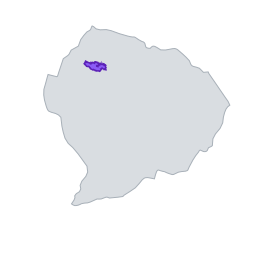 Bindura, Mashonaland Central, Zimbabwe (highlighted), rotated 286°
{"feature_id": "62879985B50430993830170", "entity_name": "Bindura", "entity_type": "district", "adm_level": 2, "iso_a3": "ZWE", "parent_name": "Zimbabwe", "parent_adm1": "Mashonaland Central", "projection": "natural_earth1", "projection_center": [31.316, -17.234], "detail": "fine", "context": "in_parent", "style": "filled", "palette": "violet", "viewbox_px": 256, "rotation_deg": 286, "n_neighbors": 0, "source": "geoboundaries", "source_scale": "gbopen_adm2", "svg_char_len": 4361}
<svg xmlns="http://www.w3.org/2000/svg" viewBox="0 0 256 256"><g transform="rotate(286 128 128)"><path d="M178.0,219.6L175.9,218.0L173.1,217.0L169.5,216.6L164.8,216.7L159.1,217.6L153.0,216.6L146.4,213.7L141.0,212.6L134.5,213.9L134.2,213.9L133.0,212.9L131.2,210.8L128.3,210.4L127.5,210.0L126.8,209.2L126.4,208.2L126.2,207.0L126.7,203.5L126.4,203.2L125.6,202.7L124.0,202.3L120.1,200.7L115.1,199.2L107.1,197.5L104.0,197.1L103.3,196.6L102.4,195.3L100.8,191.3L99.4,188.6L95.9,184.6L95.4,183.3L95.5,180.0L95.7,177.4L96.1,175.2L95.9,173.1L95.9,170.5L96.0,168.8L95.5,168.1L94.2,167.5L90.7,167.3L86.4,167.4L86.2,164.8L85.8,160.7L85.0,158.4L84.0,157.2L82.0,155.9L78.0,154.2L72.5,151.5L67.8,147.6L62.4,142.8L60.7,141.9L58.7,137.4L55.6,129.5L55.8,126.9L55.3,125.7L52.4,121.8L51.7,119.8L51.2,117.8L46.5,112.2L44.9,109.8L43.7,106.6L42.4,104.1L41.4,103.1L40.1,101.4L39.1,99.4L38.7,97.9L39.0,96.0L39.5,94.6L43.9,96.0L46.3,96.2L48.2,95.5L50.6,96.4L53.4,98.9L56.4,99.4L59.7,97.8L64.2,98.3L69.8,100.8L74.5,101.4L80.0,99.1L84.9,92.9L89.5,87.0L94.0,80.3L96.7,74.8L100.8,70.3L106.1,66.9L111.5,64.0L119.8,60.5L121.4,57.6L122.0,54.4L122.0,49.9L122.4,47.1L123.3,45.8L124.6,44.7L126.4,43.4L131.9,40.0L136.5,37.9L142.0,36.5L148.2,36.5L154.1,36.4L157.4,36.4L157.5,40.7L157.7,45.5L158.4,46.0L162.8,46.1L169.9,46.4L176.8,46.7L181.1,50.2L182.6,51.0L187.2,51.9L193.0,57.7L200.0,58.2L204.8,60.0L209.0,62.0L211.4,64.4L213.0,65.0L215.1,65.1L216.2,65.4L215.9,67.1L214.5,70.0L214.7,74.2L216.6,80.0L216.9,85.0L216.3,93.9L216.3,102.5L216.5,105.6L216.8,107.6L217.2,108.7L217.1,110.0L215.9,113.6L215.0,117.4L215.0,118.9L214.6,120.0L213.9,120.9L210.9,122.7L210.3,123.8L210.3,125.7L210.7,127.4L211.9,128.0L213.2,128.9L213.8,130.2L213.8,131.5L213.3,133.9L212.1,137.9L213.3,142.5L214.7,145.4L216.5,148.9L217.3,151.0L217.3,152.5L217.0,154.0L214.1,160.3L212.1,164.2L209.6,168.4L206.3,171.0L205.5,172.3L205.2,173.8L205.3,176.9L205.1,180.2L202.3,185.2L204.0,189.6L203.6,190.0L202.7,190.6L198.7,195.5L194.6,200.5L191.6,204.1L188.2,208.2L184.4,212.8L181.2,216.8L178.0,219.6Z" fill="#d9dde1" stroke="#a8b0b8" stroke-width="1"/><path d="M180.6,68.8L180.2,68.8L179.6,70.0L179.4,69.3L179.9,68.7L178.2,68.5L178.2,68.4L177.7,68.4L177.7,68.5L177.5,68.8L177.4,68.8L177.4,68.7L177.3,68.8L177.3,69.0L177.1,69.1L177.1,69.3L177.2,69.5L176.9,69.7L176.8,69.8L176.8,70.0L176.7,70.2L176.6,70.3L176.4,70.5L176.2,70.8L176.0,71.0L175.9,71.1L175.9,71.3L176.0,71.3L176.0,71.5L176.0,71.8L176.0,72.0L176.0,72.3L176.0,72.5L176.1,72.8L176.2,72.7L176.3,72.8L176.3,73.0L176.3,73.3L176.3,73.5L176.2,73.7L176.1,73.8L176.0,74.0L175.9,74.0L175.7,74.3L175.5,74.5L175.4,74.8L175.4,75.0L175.2,75.1L175.3,75.2L174.5,75.9L174.4,77.2L174.1,77.9L174.1,78.0L174.3,78.2L174.4,79.4L174.6,79.3L174.5,79.8L174.5,80.4L174.4,81.8L174.2,81.8L174.1,81.7L174.1,81.8L174.1,82.0L174.5,83.0L174.7,83.4L174.8,84.0L174.7,84.2L174.7,84.3L174.8,84.4L174.7,84.5L174.7,84.8L174.6,85.0L174.8,85.3L175.3,85.5L175.7,85.6L175.9,85.7L176.1,85.8L176.6,86.0L176.8,85.9L176.9,86.0L177.0,85.9L177.0,86.0L177.4,86.0L177.5,86.1L177.9,86.2L178.1,86.3L178.3,86.3L178.4,86.5L178.4,86.8L178.3,87.0L178.2,87.1L178.3,87.2L178.2,87.3L178.2,87.5L178.1,87.8L178.0,88.0L177.9,88.4L177.9,88.5L177.9,88.8L177.8,89.1L177.7,89.1L177.8,89.4L177.8,89.5L177.8,89.8L177.9,90.0L177.8,90.4L177.8,90.6L178.0,90.5L178.4,90.6L179.1,89.6L180.0,90.2L181.0,89.3L181.9,88.4L182.1,88.9L182.2,88.7L182.3,88.7L182.2,88.5L182.3,88.4L182.2,88.3L182.3,88.3L182.4,88.2L182.5,88.0L182.5,87.9L182.6,87.7L182.8,87.5L182.9,87.3L182.9,87.2L183.0,87.2L183.0,86.9L183.0,86.7L182.9,86.8L182.4,86.8L181.9,86.9L181.9,86.6L182.1,86.0L182.2,85.4L181.9,85.2L182.1,84.9L182.2,84.6L182.1,84.3L182.4,84.2L181.9,84.1L181.7,83.5L182.2,83.3L182.2,82.9L181.9,82.9L181.6,82.8L181.4,82.8L181.4,82.7L181.3,82.8L181.2,82.8L181.2,83.0L181.1,83.3L181.1,83.5L180.9,83.5L180.7,83.5L181.3,82.0L181.9,81.9L182.1,80.8L182.2,80.5L182.3,80.6L182.5,80.6L182.6,80.4L182.7,80.5L182.7,80.1L182.7,79.8L182.7,78.7L182.2,78.7L182.3,77.9L181.0,78.0L181.4,76.9L180.8,76.5L181.3,75.7L181.2,75.5L181.1,75.4L180.9,75.3L180.9,75.2L180.7,75.2L180.7,74.9L180.6,75.0L180.5,74.9L180.4,74.9L180.2,74.8L179.9,74.8L179.7,74.9L179.6,74.7L179.4,74.6L179.3,74.4L179.3,74.1L180.1,73.3L179.9,72.6L180.6,68.8ZM178.7,82.1L178.7,80.9L179.3,80.7L179.3,81.6L179.7,81.7L179.8,82.3L179.6,82.4L179.3,81.9L178.7,82.1Z" fill="#8b5cf6" stroke="#5b21b6" stroke-width="1.5"/></g></svg>